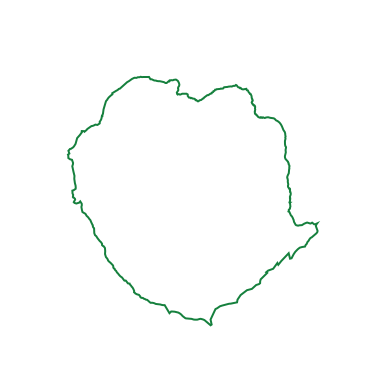 the district of Varsag, Harghita, Romania, rotated 126°
{"feature_id": "2599482B23586841588479", "entity_name": "Varsag", "entity_type": "district", "adm_level": 2, "iso_a3": "ROU", "parent_name": "Romania", "parent_adm1": "Harghita", "projection": "natural_earth1", "projection_center": [25.349, 46.545], "detail": "fine", "context": "isolated", "style": "outline", "palette": "green", "viewbox_px": 384, "rotation_deg": 126, "n_neighbors": 0, "source": "geoboundaries", "source_scale": "gbopen_adm2", "svg_char_len": 5968}
<svg xmlns="http://www.w3.org/2000/svg" viewBox="0 0 384 384"><g transform="rotate(126 192 192)"><path d="M231.3,316.2L233.0,313.8L234.7,314.3L235.2,313.5L237.2,312.0L237.2,309.9L236.5,308.0L238.4,305.3L239.6,304.6L241.5,304.0L245.2,299.9L248.0,296.6L250.5,295.0L253.6,292.0L255.2,290.0L256.7,288.7L257.8,288.0L260.1,288.8L261.2,289.6L263.4,287.8L264.1,286.5L266.1,285.4L266.3,284.7L266.0,284.2L266.3,282.7L266.8,282.1L269.7,281.7L269.9,280.6L269.3,278.8L266.9,277.0L265.3,276.9L266.1,274.8L266.4,274.2L267.6,273.3L269.1,272.7L271.4,270.3L272.6,268.8L272.3,265.7L272.4,265.0L273.2,263.4L273.5,261.1L274.3,258.8L274.3,258.4L274.5,257.7L275.6,255.9L277.2,253.0L277.2,252.7L278.0,252.1L278.7,251.1L278.9,249.9L282.7,246.9L283.9,245.1L284.0,243.5L284.9,241.3L285.9,237.8L286.1,236.1L286.7,234.4L287.8,233.6L288.0,232.6L287.8,231.5L288.2,230.5L288.2,230.1L288.6,229.4L290.8,227.5L293.3,225.9L295.2,223.4L295.6,221.8L296.0,220.7L296.7,219.7L297.0,218.7L297.2,216.2L297.8,212.9L298.2,212.2L299.3,211.3L299.7,210.5L299.6,209.5L300.1,208.9L300.4,207.9L300.4,207.1L301.2,205.4L301.5,203.5L301.8,202.9L302.3,200.5L302.3,198.3L303.4,194.8L303.3,194.3L302.6,193.6L302.6,193.4L302.9,192.3L303.6,190.2L303.2,189.5L303.1,188.9L302.8,188.6L303.3,187.8L303.6,186.2L304.1,185.1L304.1,184.4L304.7,182.9L305.9,180.8L307.2,179.9L307.1,179.2L307.4,178.2L307.1,176.3L306.4,174.5L306.9,172.5L307.4,171.9L307.4,171.1L307.4,170.8L306.6,169.5L306.6,168.0L306.3,167.4L306.2,166.1L305.6,164.8L306.0,161.1L305.9,160.2L305.1,159.3L304.5,158.1L304.2,157.3L303.8,155.4L301.7,151.7L301.0,149.8L300.4,148.7L299.6,147.6L303.3,139.0L300.9,138.6L299.9,137.1L299.0,135.6L297.6,132.2L297.5,131.6L297.4,129.8L297.5,128.5L297.9,126.6L298.0,123.4L297.8,122.6L294.9,117.8L294.2,115.7L293.5,114.5L292.3,112.8L290.0,111.0L289.5,110.4L288.7,108.4L288.3,106.7L288.9,98.6L287.7,98.2L284.3,102.0L272.9,104.2L271.2,103.3L268.0,102.2L266.1,100.8L260.7,96.4L259.5,95.0L254.8,90.7L252.3,91.9L246.8,92.1L239.1,89.8L235.2,86.6L229.5,85.4L227.2,83.7L225.8,83.3L224.1,84.4L222.3,85.1L213.3,83.6L213.3,84.8L210.8,84.2L206.4,81.2L199.3,81.2L199.8,80.4L200.2,79.4L195.3,79.2L184.7,77.8L188.3,73.5L187.1,72.5L182.5,73.2L179.7,73.3L176.2,72.8L173.7,72.1L171.8,70.6L169.7,68.5L168.0,68.9L166.6,68.7L164.5,69.2L163.2,69.0L161.1,69.2L159.5,69.1L158.3,68.5L152.4,67.1L151.0,67.0L149.7,67.5L146.8,71.7L145.3,72.3L143.9,72.3L145.5,73.2L146.3,74.1L146.2,76.8L147.6,77.4L148.0,77.8L149.0,80.8L149.4,81.2L151.7,82.6L154.2,83.6L155.8,85.5L156.9,86.4L157.6,88.1L157.6,88.9L156.2,91.9L154.7,93.6L154.5,94.1L154.0,94.8L153.0,96.8L152.8,98.2L150.9,101.5L151.0,102.1L150.7,102.0L150.2,102.8L149.6,103.2L147.9,103.0L147.5,103.3L145.9,103.9L143.8,105.8L143.6,106.2L143.2,106.3L143.2,106.6L142.9,106.5L143.0,106.7L142.2,107.4L141.8,107.4L140.0,108.4L140.0,108.7L139.2,109.3L139.0,109.2L138.3,110.0L136.2,110.6L135.1,111.3L134.4,112.1L134.4,112.6L133.8,112.9L133.7,113.3L133.1,113.6L132.7,114.1L132.4,114.1L131.9,114.6L132.2,114.9L132.2,115.5L131.8,115.8L131.7,116.7L131.3,117.4L130.6,118.0L129.2,118.6L127.6,120.4L126.2,121.3L124.8,122.8L124.6,123.3L123.4,124.0L121.8,124.4L120.0,124.7L116.3,126.9L116.0,126.9L114.5,128.1L114.0,128.2L113.5,128.6L113.2,129.0L112.9,129.9L111.9,130.7L111.8,131.3L111.1,132.1L110.3,135.8L109.5,137.0L108.4,137.9L104.8,139.4L103.0,141.0L100.7,142.1L100.2,142.7L99.9,143.6L98.5,145.0L96.1,146.8L93.9,147.7L92.9,148.7L92.1,148.9L91.2,149.9L89.8,151.1L88.9,152.3L88.1,154.5L86.1,157.7L85.1,159.7L84.4,162.0L84.3,164.5L84.6,165.9L84.6,166.6L84.3,167.4L84.3,169.1L86.0,172.3L86.8,174.4L88.2,175.9L89.2,176.5L89.6,177.1L89.7,178.0L89.9,178.5L90.7,178.7L90.9,179.0L90.7,179.4L90.9,180.1L91.0,180.3L91.8,180.4L92.2,181.3L92.2,182.0L92.4,182.4L92.1,183.6L91.8,184.1L92.0,184.3L92.0,184.9L91.8,185.3L91.7,185.9L91.5,186.2L91.7,186.5L91.6,187.1L90.8,187.9L90.1,188.2L89.9,188.6L88.3,189.2L87.1,190.4L86.1,190.8L85.4,191.8L85.6,192.1L85.3,192.3L85.2,192.7L85.6,193.5L85.3,193.8L85.3,194.5L85.0,194.8L84.9,195.3L85.0,195.5L84.4,196.4L83.4,196.6L82.5,196.5L82.0,196.9L82.1,197.2L81.6,197.9L81.1,198.2L80.8,199.0L79.4,200.2L78.3,202.0L78.6,202.8L78.1,203.5L78.1,204.2L77.9,204.9L77.3,205.9L77.0,206.7L77.4,207.3L77.3,207.8L76.6,208.7L79.0,211.0L79.6,212.5L79.4,212.8L79.2,213.9L79.4,214.4L79.8,214.5L79.7,215.3L80.1,216.1L79.9,217.2L79.5,218.3L79.5,219.0L79.6,219.4L80.9,219.7L81.8,220.9L83.3,221.8L83.7,222.6L85.4,224.5L86.0,224.9L88.3,227.5L88.9,227.7L89.8,227.6L90.6,228.3L91.0,228.7L91.3,229.4L92.0,229.8L93.8,231.8L94.4,232.5L95.1,232.7L95.6,233.4L96.9,233.3L97.8,233.9L98.1,233.7L98.8,233.7L100.0,234.4L100.7,234.1L101.9,235.0L104.0,235.7L104.6,236.5L108.4,237.7L109.5,237.7L109.7,238.0L112.2,238.7L113.4,239.8L114.8,240.1L115.3,240.8L115.1,242.3L115.1,242.7L115.6,243.1L115.2,244.0L115.1,244.7L116.1,246.6L116.0,246.8L116.4,248.1L116.8,248.2L116.9,249.2L117.4,249.9L116.8,251.9L115.6,252.8L115.7,254.2L118.3,257.7L119.9,258.6L120.4,259.3L120.5,260.1L120.7,260.4L121.6,260.9L121.5,261.5L120.5,262.7L117.8,262.9L116.7,263.7L116.4,264.2L115.4,264.7L113.7,264.8L112.5,265.4L111.5,266.6L110.5,268.5L110.4,269.4L110.5,271.1L112.0,272.7L112.8,273.1L113.3,273.7L113.8,274.7L115.0,275.4L115.9,275.3L116.4,275.8L116.1,276.0L118.7,276.6L119.4,277.5L119.6,279.3L121.3,283.2L122.1,284.3L122.8,285.6L123.0,286.5L124.0,288.2L124.5,290.9L125.2,291.9L124.2,294.4L128.6,300.3L128.9,301.2L130.2,302.1L130.9,303.2L132.3,304.0L133.4,305.7L133.9,306.0L135.8,307.0L139.7,308.3L141.1,309.0L150.8,311.1L151.6,311.8L153.2,312.1L154.6,312.8L159.0,314.6L159.8,313.8L161.3,314.3L164.2,314.9L166.1,315.0L167.1,314.8L168.7,315.0L169.6,314.8L177.2,312.1L180.9,310.1L182.4,309.7L183.2,309.2L183.4,309.6L185.2,308.7L186.8,308.1L189.6,307.9L190.3,307.2L190.8,307.0L193.3,307.9L194.3,309.8L196.0,310.6L197.1,311.4L197.8,312.1L202.5,313.7L204.0,313.8L206.4,314.4L206.2,315.1L207.5,317.0L208.2,316.6L208.4,316.2L211.7,316.2L215.9,316.6L221.5,314.5L224.3,314.3L225.7,314.4L228.2,315.3L228.9,316.0L231.3,316.2Z" fill="none" stroke="#15803d" stroke-width="2"/></g></svg>